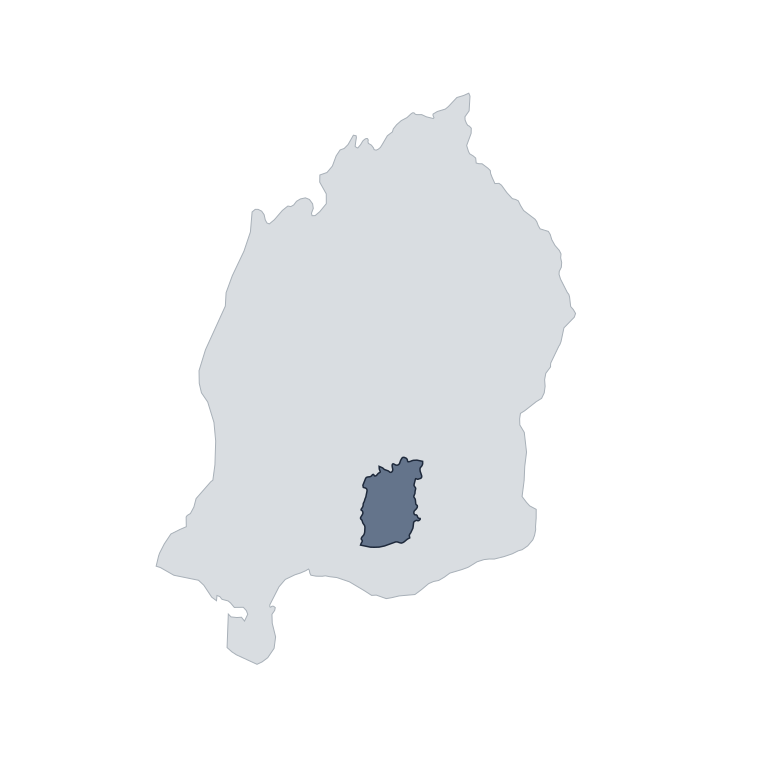 Bacau on a map of Romania (Robinson projection), rotated 104°
{"feature_id": "ROU-312", "entity_name": "Bacau", "entity_type": "County", "adm_level": 1, "iso_a3": "ROU", "parent_name": "Romania", "parent_adm1": "", "projection": "robinson", "projection_center": [26.661, 46.412], "detail": "fine", "context": "in_parent", "style": "filled", "palette": "slate", "viewbox_px": 768, "rotation_deg": 104, "n_neighbors": 0, "source": "natural_earth", "source_scale": "10m", "svg_char_len": 5818}
<svg xmlns="http://www.w3.org/2000/svg" viewBox="0 0 768 768"><g transform="rotate(104 384 384)"><path d="M590.7,424.3L597.5,432.5L606.1,436.8L626.0,441.4L627.8,440.9L628.0,440.0L626.6,438.8L626.4,437.3L627.3,435.4L630.1,435.3L634.6,437.0L643.1,434.6L655.6,428.0L667.1,426.7L677.7,430.6L683.2,435.1L686.7,439.4L685.7,444.7L685.1,447.9L682.5,461.6L680.7,466.8L677.7,472.5L644.9,479.4L647.0,476.1L646.2,470.3L644.8,465.9L647.8,462.0L640.4,460.5L637.2,462.7L634.7,466.5L637.0,475.2L633.5,480.0L632.2,482.8L632.1,489.1L630.0,491.9L629.6,494.9L634.8,494.1L632.5,499.6L622.8,510.2L619.3,516.5L620.4,541.6L616.2,556.6L615.9,561.0L605.4,561.1L602.2,560.8L592.3,558.5L581.1,554.5L574.5,546.8L570.3,541.3L560.9,543.8L559.1,543.1L556.5,540.5L549.4,538.7L540.6,538.6L520.9,528.5L518.7,526.8L503.3,528.5L480.1,533.5L462.4,539.7L444.1,550.7L436.7,559.0L428.1,563.4L415.8,566.7L393.9,565.5L371.2,561.3L346.8,556.8L333.6,559.3L315.7,557.4L288.9,552.0L268.8,550.4L249.0,553.6L245.7,551.2L245.0,548.4L245.9,544.5L248.7,541.3L253.5,538.9L256.1,536.5L256.4,534.0L251.1,530.1L240.2,524.6L235.7,521.2L234.6,520.3L234.4,517.3L232.1,514.9L227.9,513.1L224.7,509.9L222.4,505.3L223.0,501.0L226.4,496.9L230.7,495.1L235.9,495.7L238.1,494.5L237.3,491.6L232.3,488.0L223.0,483.6L213.5,486.0L203.7,495.2L196.7,496.8L192.6,490.5L185.1,486.8L174.2,485.6L167.5,483.2L165.1,479.6L160.4,476.8L150.0,473.9L149.9,471.1L151.6,470.4L155.4,470.1L160.4,469.5L161.2,467.9L161.3,466.5L157.4,464.6L153.4,463.4L151.4,462.1L150.1,460.7L149.9,459.3L151.1,458.3L152.7,458.2L154.3,457.4L155.3,454.0L157.5,451.3L159.0,450.3L159.0,448.2L157.5,446.3L155.3,444.7L152.2,443.7L142.3,440.8L137.3,436.8L134.2,436.7L129.4,434.5L124.3,431.0L119.9,426.1L115.0,422.9L113.8,421.6L113.7,420.3L114.7,418.9L114.7,417.4L113.5,412.6L114.5,407.5L114.5,402.7L114.5,400.5L113.6,399.9L112.7,400.6L111.4,401.5L110.2,401.7L106.7,398.2L102.4,391.0L99.3,388.7L93.4,385.4L88.4,382.6L84.9,376.7L81.3,372.1L83.9,370.2L98.4,367.5L105.1,370.1L108.2,369.2L111.2,367.0L112.8,365.3L113.2,363.5L114.7,361.2L119.7,360.1L132.6,361.5L137.9,358.3L139.9,356.6L141.1,352.7L142.6,349.7L147.3,348.0L147.3,345.2L146.6,342.1L149.5,335.3L151.2,332.5L153.9,331.5L157.1,329.3L162.7,324.9L161.5,321.0L162.7,318.1L168.6,311.1L173.1,304.3L173.1,300.9L173.8,298.0L177.8,294.7L181.9,290.5L187.6,277.3L189.5,275.1L193.1,272.6L195.7,270.1L196.2,261.4L198.7,258.9L203.4,256.1L208.2,251.6L212.0,246.2L215.0,243.7L218.9,243.1L223.1,241.0L227.8,240.2L232.3,241.2L235.2,240.7L239.5,238.1L250.8,228.3L252.4,226.3L254.7,225.0L263.7,221.6L266.0,218.3L269.2,215.2L273.1,215.5L286.0,223.0L299.9,222.5L302.4,222.8L303.3,222.9L305.0,223.5L323.4,227.3L326.3,226.8L327.0,226.5L334.5,229.6L341.0,229.2L347.3,227.1L353.8,226.4L359.8,227.6L364.3,232.0L376.0,241.1L379.5,244.5L384.9,244.0L390.9,242.3L397.0,236.2L415.7,229.2L429.9,227.5L443.7,224.7L459.8,222.8L464.4,217.1L467.0,213.2L468.8,206.0L477.4,203.9L485.6,202.5L488.6,201.6L494.5,201.3L499.2,201.9L506.3,205.4L511.4,209.9L513.4,213.4L517.7,218.4L522.2,225.4L527.2,234.7L528.3,239.4L530.2,244.5L534.0,250.7L541.1,257.6L542.1,258.9L545.3,263.7L551.6,274.4L556.8,278.7L561.4,283.4L563.6,288.1L566.9,292.4L574.6,298.0L580.8,303.1L585.9,317.9L589.4,324.7L591.7,329.9L590.7,340.4L592.1,344.9L589.3,353.1L584.3,369.7L583.2,382.9L584.1,390.0L584.3,394.5L585.5,397.4L586.9,403.4L587.2,408.7L585.4,410.2L582.8,411.4L581.8,412.5L584.2,414.9L587.5,419.2L590.7,424.3Z" fill="#d9dde1" stroke="#a8b0b8" stroke-width="1"/><path d="M480.0,379.0L478.9,378.5L478.5,377.9L478.1,377.2L477.5,375.5L477.1,374.8L476.6,374.2L475.9,373.8L474.7,373.2L474.3,372.5L474.5,372.0L475.4,371.1L475.5,370.6L475.2,369.9L474.6,369.2L472.2,368.0L471.7,367.6L470.8,366.6L470.3,366.4L469.8,366.5L467.7,368.0L465.1,368.8L465.6,365.8L465.8,364.9L466.6,363.5L466.9,362.7L467.2,359.5L467.3,358.8L468.2,356.8L468.1,356.0L467.7,355.4L466.7,354.8L465.8,354.7L464.8,354.8L462.3,356.0L460.7,356.5L459.8,356.4L459.2,355.9L459.3,354.8L459.8,353.0L459.7,352.0L459.4,351.1L458.4,350.2L457.5,349.7L454.2,349.4L451.6,348.7L450.7,348.0L450.3,346.9L450.6,344.6L451.2,343.6L452.1,342.9L452.9,342.6L453.6,342.1L453.5,341.2L452.7,339.7L451.8,338.5L451.0,337.2L449.9,333.6L449.7,327.8L452.0,327.2L452.9,327.2L454.4,327.5L456.2,328.4L457.0,328.6L458.3,328.4L459.9,327.8L463.8,325.3L464.6,325.0L465.3,324.9L466.2,325.2L466.7,325.6L467.4,326.8L467.8,327.4L468.2,328.0L468.3,328.5L468.3,329.1L468.1,329.6L468.1,330.1L468.2,330.4L469.0,330.5L474.0,330.5L475.1,330.4L475.7,329.9L476.3,329.3L476.8,328.6L477.4,328.1L478.1,327.9L480.5,327.9L482.8,327.5L485.4,327.9L486.2,327.8L486.7,327.4L488.0,326.0L488.9,325.5L492.8,324.1L493.3,323.5L493.8,322.4L494.6,322.0L495.8,321.9L497.5,322.5L499.5,323.7L500.2,324.0L501.3,324.0L502.3,323.7L503.0,323.1L503.4,322.5L503.4,321.9L503.2,321.2L503.3,320.6L503.6,320.1L505.3,318.9L505.7,318.3L505.9,317.7L505.8,317.0L505.7,316.5L506.1,316.2L506.8,316.2L508.0,317.1L508.4,317.7L508.5,318.3L508.4,318.8L508.4,319.4L508.8,320.1L509.7,321.0L510.9,321.8L515.4,321.2L517.0,321.1L522.1,322.1L522.8,322.5L524.6,322.9L527.1,321.8L528.0,322.8L528.4,323.3L529.3,324.1L532.2,326.2L533.4,327.4L534.2,328.8L534.2,330.8L534.0,332.6L534.3,334.3L541.0,344.3L543.4,349.2L544.8,354.1L545.6,357.8L546.0,367.8L544.1,367.6L541.9,367.0L541.3,367.1L540.8,367.6L540.5,368.1L540.0,368.5L539.2,368.7L538.1,368.5L535.3,367.1L534.1,366.9L532.4,366.9L527.7,367.8L526.2,368.5L525.5,369.2L524.4,370.5L523.7,371.1L522.0,372.1L521.3,372.7L520.6,373.9L520.0,374.3L519.2,374.4L515.9,373.4L515.0,373.2L514.1,373.3L513.0,373.8L512.4,374.3L512.1,375.0L512.0,375.5L511.7,375.8L511.1,375.9L508.6,375.0L507.7,374.9L506.6,374.9L505.3,375.2L504.3,375.1L502.7,374.7L499.9,374.6L498.0,374.3L491.8,374.6L490.8,374.9L490.0,375.5L489.6,376.2L489.4,376.9L489.4,378.4L489.3,379.1L487.3,380.0L480.0,379.0Z" fill="#64748b" stroke="#1e293b" stroke-width="1.5"/></g></svg>